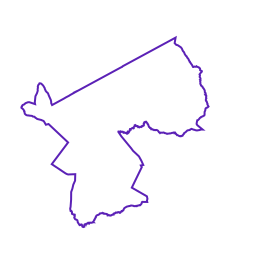 outline of Kalulushi, Copperbelt, Zambia, rotated 157°
{"feature_id": "96606910B20946814397752", "entity_name": "Kalulushi", "entity_type": "district", "adm_level": 2, "iso_a3": "ZMB", "parent_name": "Zambia", "parent_adm1": "Copperbelt", "projection": "natural_earth1", "projection_center": [27.971, -12.761], "detail": "fine", "context": "isolated", "style": "outline", "palette": "violet", "viewbox_px": 256, "rotation_deg": 157, "n_neighbors": 0, "source": "geoboundaries", "source_scale": "gbopen_adm2", "svg_char_len": 5734}
<svg xmlns="http://www.w3.org/2000/svg" viewBox="0 0 256 256"><g transform="rotate(157 128 128)"><path d="M45.5,116.3L45.7,118.8L45.3,119.4L45.4,120.0L45.2,121.7L45.5,122.0L45.4,122.4L45.5,123.2L45.0,124.1L44.4,124.5L44.4,125.3L44.0,125.7L43.6,126.6L43.7,127.3L43.5,127.1L43.3,127.3L43.4,128.4L43.0,129.6L43.2,129.8L43.1,130.3L43.3,130.8L42.7,132.7L43.0,135.1L43.4,136.0L43.3,137.1L44.1,138.3L44.2,138.8L44.0,139.6L44.2,140.1L44.1,140.7L43.4,142.0L43.3,143.0L42.6,143.6L42.8,144.3L42.4,144.4L42.0,145.0L41.9,145.9L42.1,147.0L41.2,148.3L41.2,149.4L39.3,150.5L38.4,150.8L38.0,151.1L37.8,151.5L39.0,153.0L38.5,154.4L38.6,155.1L39.1,155.7L39.1,156.1L40.7,157.6L40.8,158.0L41.6,157.8L42.6,158.5L43.2,158.6L43.7,158.5L44.3,158.8L44.5,161.4L44.9,162.7L44.9,163.4L45.2,164.0L45.1,164.7L45.4,165.0L45.3,166.1L45.5,166.6L45.4,167.4L45.6,168.7L45.9,169.2L46.1,171.3L46.5,171.8L46.9,174.1L46.8,175.7L47.4,177.6L47.4,180.1L47.8,181.6L49.9,184.8L51.1,185.7L51.9,187.9L48.9,192.6L108.9,186.9L109.3,186.6L111.3,186.5L162.6,181.6L162.4,181.8L164.1,181.7L164.2,181.4L168.1,181.0L169.8,180.7L172.7,180.5L175.7,180.1L188.9,178.8L189.0,180.8L188.4,182.4L188.1,184.0L188.2,188.9L188.1,191.0L188.3,191.9L188.8,192.7L189.3,194.5L189.2,195.6L189.3,196.5L189.1,197.3L189.5,200.2L190.5,202.7L191.5,203.5L192.0,203.7L192.4,203.3L193.7,202.7L194.8,201.5L195.2,200.2L196.0,199.1L196.5,197.6L198.2,195.6L200.8,193.4L203.9,187.8L204.2,186.3L207.7,189.4L208.9,190.4L210.1,190.8L212.7,190.9L214.2,190.3L215.8,190.3L216.6,190.0L217.0,189.4L217.5,189.3L218.2,188.3L217.1,186.0L216.9,184.6L217.1,184.1L216.8,183.7L217.1,183.2L217.4,181.4L216.8,180.0L216.1,179.2L214.8,178.4L214.5,178.4L213.6,177.7L212.2,177.0L211.5,176.5L211.1,175.7L209.7,174.9L209.2,173.5L208.5,172.7L208.3,172.1L207.8,171.6L204.6,169.2L204.3,168.8L203.1,167.6L202.8,167.0L202.3,163.1L199.6,162.7L188.8,138.1L212.3,124.5L203.2,110.6L202.1,109.3L201.2,108.6L194.6,106.1L197.3,100.2L200.5,97.2L202.9,93.9L205.3,91.3L208.4,84.2L211.7,77.8L212.6,76.6L212.9,75.8L213.3,73.9L213.1,73.7L212.5,73.6L212.4,72.8L212.5,72.2L213.1,71.0L213.0,70.7L211.9,69.7L210.9,69.1L210.9,68.7L211.6,68.4L211.7,67.1L212.4,66.7L212.5,66.4L212.3,64.8L212.0,64.3L211.2,63.7L210.7,62.8L210.8,61.9L211.1,60.9L210.5,57.5L209.8,57.3L208.9,57.6L208.4,57.3L208.2,56.4L208.5,55.6L208.5,55.0L207.9,54.3L206.8,54.2L206.1,55.8L205.6,56.2L204.7,55.7L204.5,56.1L204.2,56.1L204.2,55.8L203.9,56.1L203.0,55.9L202.6,56.1L202.5,55.9L201.9,55.8L201.5,55.4L201.3,55.8L201.1,55.5L200.5,55.7L200.4,55.5L199.8,55.7L198.8,55.1L198.1,54.9L197.5,55.1L196.8,54.8L196.9,55.0L196.6,55.3L194.8,56.5L194.7,56.9L194.1,57.1L193.5,57.8L192.6,58.2L192.4,58.5L192.4,58.8L191.2,59.7L189.9,59.8L189.0,59.6L188.5,59.8L187.5,60.0L187.3,60.3L185.5,59.9L184.7,59.4L184.4,59.6L184.0,58.9L183.7,59.0L183.6,58.9L183.4,58.3L182.9,58.2L181.4,57.3L181.3,56.9L181.0,56.9L180.8,56.3L180.4,56.0L180.6,55.6L180.3,55.6L180.2,55.3L179.4,55.1L178.9,54.5L178.6,54.6L178.2,54.2L177.5,54.1L176.9,54.3L176.7,54.2L175.5,54.4L175.1,54.0L174.5,54.8L174.2,54.8L173.9,54.5L172.9,54.6L172.7,54.9L172.2,55.0L171.2,54.3L170.8,54.5L169.8,54.4L169.4,53.9L169.0,53.9L168.7,53.1L168.2,53.0L166.5,54.0L166.1,53.6L165.8,53.7L165.6,54.0L164.5,54.0L163.9,54.7L162.6,55.7L159.9,56.1L157.3,55.7L157.0,55.5L155.5,55.5L153.6,54.4L152.9,53.6L152.2,53.5L151.2,52.9L150.8,53.1L150.3,52.6L149.5,52.8L147.5,52.3L147.5,52.5L146.4,52.4L145.2,53.0L144.4,53.9L144.3,54.2L143.7,54.4L139.2,52.4L139.0,53.6L137.8,55.2L137.3,57.7L147.8,71.6L130.6,86.6L130.8,88.5L128.4,88.0L128.4,88.5L128.5,92.6L129.0,97.6L132.3,105.1L132.9,107.7L137.4,123.0L138.4,128.2L138.3,128.3L138.0,127.8L137.5,128.1L137.2,128.0L137.1,127.7L136.6,127.8L136.6,127.6L136.9,127.4L136.6,127.3L136.5,127.0L135.4,127.2L135.0,126.8L134.3,126.7L133.9,126.1L134.1,126.0L134.1,125.7L133.8,125.6L133.8,125.4L133.5,125.4L133.6,125.6L133.4,125.6L133.4,125.3L133.2,125.2L133.1,125.4L133.1,125.1L132.6,124.8L132.5,124.5L131.9,124.4L131.6,124.0L131.4,124.1L131.3,123.7L131.5,123.7L131.3,123.2L131.0,123.1L130.8,123.3L130.5,123.1L129.9,123.3L130.0,123.5L129.8,123.6L130.0,123.8L129.7,124.3L129.6,124.1L129.2,124.2L128.5,124.0L127.9,124.5L127.9,124.8L127.2,125.5L126.5,125.3L126.3,126.2L125.6,125.9L124.1,126.3L123.5,125.9L123.2,125.5L122.9,125.5L122.7,126.4L121.9,126.7L120.7,127.6L120.9,127.7L120.8,127.9L120.5,127.9L120.3,127.6L120.4,127.2L120.2,127.0L119.9,127.2L119.8,126.5L118.7,126.2L118.4,125.0L117.7,125.1L117.6,124.4L117.3,124.1L115.9,124.2L115.4,123.7L114.6,123.9L114.2,124.4L113.8,124.3L113.7,124.0L112.9,124.1L113.0,124.3L112.4,124.5L111.9,125.2L111.9,125.8L111.7,126.1L111.3,126.4L111.3,126.1L111.1,126.1L109.9,126.8L109.2,126.8L109.1,126.5L108.8,126.5L108.5,125.1L108.2,124.4L108.4,123.7L108.1,123.1L108.3,120.9L108.1,120.7L107.6,119.7L107.7,119.3L107.2,118.9L107.3,118.8L107.1,118.5L107.1,117.9L106.9,117.9L106.6,117.5L106.1,117.4L105.9,116.9L105.0,116.4L104.9,115.9L103.7,115.5L103.4,115.2L102.8,115.2L101.8,114.4L101.4,113.6L101.1,111.9L100.7,111.6L100.5,110.8L99.8,111.0L98.1,110.2L97.1,110.0L96.6,109.6L96.4,109.1L95.4,108.5L94.4,107.4L93.9,107.2L93.6,107.3L92.4,106.8L91.8,106.8L90.9,106.4L89.3,106.3L88.6,106.0L88.0,106.1L87.0,105.7L87.1,105.3L86.5,105.4L86.3,104.7L86.4,104.0L86.0,103.7L85.7,102.4L85.4,102.4L84.0,100.6L83.5,100.2L83.1,100.2L82.6,99.7L81.9,99.9L81.5,99.6L80.7,99.6L79.8,100.4L79.0,100.6L78.6,101.2L78.1,101.4L76.8,101.6L74.5,102.5L73.9,102.5L71.9,102.0L71.4,102.3L69.9,102.4L68.1,100.7L67.4,100.3L66.9,99.7L65.5,98.8L62.7,98.1L61.4,98.1L59.9,97.4L63.0,103.3L63.3,104.4L63.2,105.1L61.8,107.3L61.2,108.0L60.8,107.8L59.2,108.4L57.8,109.2L56.7,109.3L56.4,109.6L54.6,109.5L53.9,109.7L52.9,109.7L52.4,110.2L51.2,112.9L50.1,113.9L49.0,115.6L47.9,116.0L46.9,115.8L45.5,116.3Z" fill="none" stroke="#5b21b6" stroke-width="2"/></g></svg>